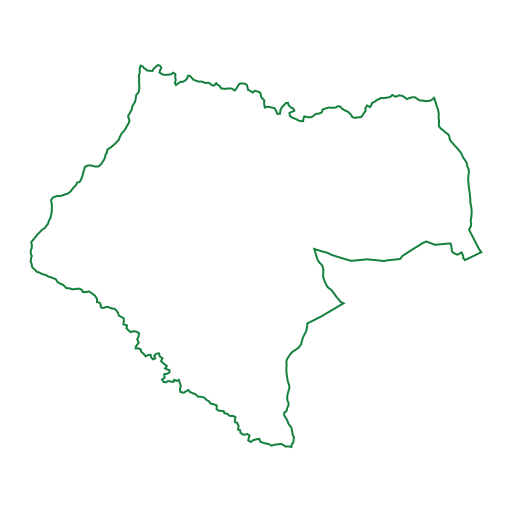 Caarapó, Mato Grosso do Sul, Brazil (Albers equal-area conic projection)
{"feature_id": "56859067B43727288839487", "entity_name": "Caarapó", "entity_type": "district", "adm_level": 2, "iso_a3": "BRA", "parent_name": "Brazil", "parent_adm1": "Mato Grosso do Sul", "projection": "albers", "projection_center": [-54.806, -22.627], "detail": "fine", "context": "isolated", "style": "outline", "palette": "green", "viewbox_px": 512, "rotation_deg": 0, "n_neighbors": 0, "source": "geoboundaries", "source_scale": "gbopen_adm2", "svg_char_len": 5970}
<svg xmlns="http://www.w3.org/2000/svg" viewBox="0 0 512 512"><path d="M291.9,444.2L293.3,442.4L293.7,439.7L293.9,437.1L292.8,435.2L291.9,429.9L291.2,427.2L289.7,425.7L288.3,423.4L287.5,421.0L286.0,418.2L284.1,415.3L284.3,412.6L286.5,411.0L287.2,408.1L288.5,405.3L288.5,402.9L287.6,401.1L287.2,398.7L287.3,395.5L288.7,390.3L289.4,388.0L289.1,384.9L288.0,382.0L287.5,379.6L287.0,376.7L286.6,373.4L286.3,369.8L286.6,364.5L286.4,361.3L287.2,358.9L290.8,353.5L292.8,351.6L295.0,350.2L297.8,348.3L299.6,346.5L301.1,344.3L302.7,338.1L304.1,335.1L305.7,332.2L306.4,330.2L307.1,326.9L307.4,323.4L320.8,316.7L343.5,303.3L340.7,302.0L338.5,299.2L336.6,297.1L332.4,291.2L330.7,289.5L327.7,287.2L325.7,283.7L324.5,280.9L323.7,278.7L323.1,276.4L323.3,271.7L323.3,269.3L322.5,266.2L321.4,264.4L319.5,262.8L317.5,259.6L314.3,249.0L322.4,251.5L325.7,252.3L328.0,253.0L331.1,254.7L337.2,256.7L347.4,259.8L351.2,260.8L356.5,260.4L367.4,259.3L370.9,259.7L380.4,260.6L384.1,261.1L387.3,260.3L396.5,259.4L400.2,258.9L402.5,255.9L410.2,250.9L422.7,243.1L426.2,241.5L435.0,244.8L441.1,244.2L450.5,243.4L451.3,246.1L451.9,251.0L453.0,252.6L454.8,253.6L457.6,254.7L461.6,252.4L463.2,256.0L463.3,258.2L465.0,260.1L481.3,252.2L479.0,249.0L469.1,229.8L471.0,225.9L471.1,223.8L470.8,221.7L470.8,219.4L471.5,216.3L471.6,213.3L471.6,210.2L471.2,207.0L470.3,202.0L470.3,199.0L469.7,193.1L469.1,189.0L468.6,184.6L468.2,180.5L468.2,177.7L468.8,172.7L468.7,169.3L467.4,167.0L467.0,164.2L466.2,162.1L464.6,159.4L463.1,157.7L461.9,154.5L460.4,152.0L458.5,149.8L457.0,147.9L454.7,145.6L452.6,143.1L450.7,141.1L449.5,138.4L449.3,136.0L448.0,134.2L445.6,132.6L442.7,129.9L440.6,128.4L438.9,126.0L438.9,123.7L439.0,120.3L438.6,117.8L438.7,115.3L438.7,112.9L437.7,108.4L436.6,106.1L436.0,103.2L435.0,100.7L434.2,97.9L432.5,99.3L430.2,100.7L426.3,101.2L422.7,100.6L419.8,100.4L417.7,99.2L415.2,97.4L412.4,97.2L409.1,98.2L406.8,99.1L403.9,96.7L401.7,95.7L399.1,95.4L395.6,96.8L392.4,95.0L389.9,97.1L383.6,98.2L381.0,97.9L379.4,99.0L376.8,100.0L374.4,102.0L371.9,102.9L371.5,105.0L370.0,107.1L367.0,105.5L365.4,108.3L365.7,110.8L364.3,112.5L362.6,115.2L361.2,117.1L359.0,117.3L354.7,117.8L352.5,117.2L350.5,114.2L348.3,112.0L344.5,110.2L342.1,108.7L340.4,106.6L337.9,106.2L335.7,107.5L333.2,107.8L328.5,107.6L325.8,108.4L322.6,109.6L321.6,112.6L318.8,113.6L315.8,113.9L313.1,116.2L311.2,117.2L308.2,117.2L304.3,116.4L303.5,118.6L303.1,121.1L300.4,121.1L298.1,120.3L295.8,119.0L292.5,117.7L289.9,115.9L289.5,112.9L294.3,110.7L293.4,108.6L290.9,107.5L288.7,105.3L287.9,102.8L285.9,103.1L282.2,107.0L280.5,109.7L280.1,113.6L277.4,114.0L276.3,111.3L274.6,108.3L272.5,107.6L269.9,107.1L267.3,106.7L264.8,107.5L264.1,103.8L264.3,100.5L261.3,97.3L260.4,92.9L258.2,91.6L254.6,90.8L252.8,92.6L250.1,90.8L247.9,89.7L247.5,87.4L246.9,85.0L244.9,83.7L241.6,83.4L239.3,83.8L236.5,88.4L234.8,90.5L231.8,88.6L228.6,88.4L225.2,88.9L221.2,88.4L219.5,85.8L217.4,84.7L216.2,83.2L214.2,85.6L211.9,85.2L209.9,83.5L208.0,82.7L205.6,83.0L202.8,81.9L200.5,81.5L198.5,81.6L193.6,79.8L190.2,76.2L188.2,75.6L186.6,79.3L184.9,80.6L182.8,81.9L180.8,81.7L179.1,82.7L176.0,85.0L174.9,83.4L175.7,80.0L175.2,77.0L175.4,74.1L173.2,72.7L171.3,74.3L169.0,74.6L165.3,74.9L162.6,74.5L159.5,72.6L160.1,70.2L161.3,67.8L160.1,65.8L157.9,65.0L156.4,66.4L153.9,68.4L152.4,71.0L147.0,70.5L145.6,69.0L143.8,67.9L142.6,66.4L140.6,65.6L139.8,67.7L139.7,73.1L138.9,75.2L139.2,79.1L139.0,82.4L139.3,84.9L139.3,88.7L138.5,92.5L136.4,94.6L135.1,101.7L133.0,105.0L132.1,106.9L131.9,109.1L129.6,113.6L128.2,115.6L128.4,117.7L129.5,120.6L128.5,123.6L127.0,125.8L125.6,128.7L123.5,131.4L121.5,133.7L119.8,137.0L118.8,139.8L115.0,143.8L112.7,145.8L110.8,147.3L107.3,149.7L106.8,152.8L105.5,154.7L105.0,157.4L104.0,159.7L102.5,162.0L100.8,164.6L98.3,166.5L94.8,166.5L91.5,165.5L89.4,165.4L86.8,165.8L84.8,167.1L84.3,169.4L83.3,172.1L82.7,175.0L81.9,177.5L80.8,179.8L79.7,182.0L77.1,182.5L76.1,185.0L74.1,187.0L72.5,188.9L70.7,191.3L68.4,193.3L59.8,196.2L57.4,195.9L52.9,197.5L51.0,200.2L52.0,205.3L51.8,207.8L51.8,210.9L51.3,214.4L50.4,218.0L49.0,220.5L48.0,223.8L46.4,225.8L44.7,228.1L42.4,229.5L37.9,234.0L31.2,242.2L31.9,245.3L31.7,248.0L30.7,250.4L30.9,254.0L31.8,255.9L31.0,258.8L30.7,261.4L31.7,264.2L32.1,266.9L33.5,268.5L35.5,270.3L36.8,271.8L39.2,272.5L42.3,274.1L46.3,275.2L48.1,276.5L51.3,277.4L53.9,278.4L55.9,279.3L57.5,282.0L60.2,283.6L63.1,284.8L66.3,288.1L68.2,288.2L70.4,288.6L73.1,289.4L76.4,288.8L79.4,288.7L82.1,290.0L82.8,292.0L84.8,292.1L86.9,292.0L88.8,291.4L91.5,293.0L94.9,295.6L97.0,298.9L97.0,302.1L99.4,302.6L100.7,304.5L100.7,307.0L102.6,308.0L104.8,307.5L106.7,306.8L109.2,307.4L111.4,308.4L114.5,308.8L116.6,310.6L118.1,313.2L119.0,315.8L120.8,316.6L123.7,318.3L123.8,321.5L123.4,324.3L127.0,325.4L126.5,328.4L129.2,331.0L130.8,332.2L133.4,331.1L136.4,331.7L139.1,333.2L138.5,336.9L137.2,339.1L138.7,342.8L135.9,346.4L135.7,348.5L138.1,348.3L140.8,349.4L141.0,351.5L143.2,353.4L145.8,356.3L148.1,355.1L150.5,354.7L151.1,357.2L152.9,359.3L155.2,358.4L154.3,355.6L156.1,353.8L159.0,353.4L159.8,356.4L162.5,358.3L161.0,361.1L163.7,363.6L166.9,366.1L165.1,368.5L167.5,369.6L169.4,370.0L169.6,372.2L167.3,373.7L164.2,374.2L164.6,377.9L162.0,379.5L163.5,381.9L165.9,382.3L168.1,381.0L170.8,381.6L173.3,381.9L174.3,379.8L176.4,381.0L178.8,379.9L180.8,386.0L179.9,389.1L180.5,391.9L183.7,392.8L185.9,391.4L188.3,390.0L189.9,391.9L192.6,393.2L195.5,394.2L197.9,396.6L201.6,396.9L204.3,397.7L206.5,399.9L209.1,401.4L210.4,403.4L213.1,404.1L216.7,405.4L216.6,409.2L218.7,410.6L223.8,411.2L224.4,413.3L226.9,413.6L229.8,415.9L233.4,416.0L235.5,417.2L234.8,420.0L235.1,422.2L237.0,422.7L238.6,426.0L238.0,429.5L240.2,430.2L240.4,432.7L242.8,434.5L245.3,434.6L247.3,434.1L249.5,435.5L248.7,438.1L248.2,440.4L250.7,442.0L252.9,440.3L256.8,439.2L259.3,438.9L260.5,441.9L265.2,443.4L268.7,444.0L271.6,445.7L273.8,444.9L276.4,444.5L281.1,443.9L283.2,445.0L285.6,446.5L288.7,446.4L291.3,447.0L291.9,444.2Z" fill="none" stroke="#15803d" stroke-width="2"/></svg>